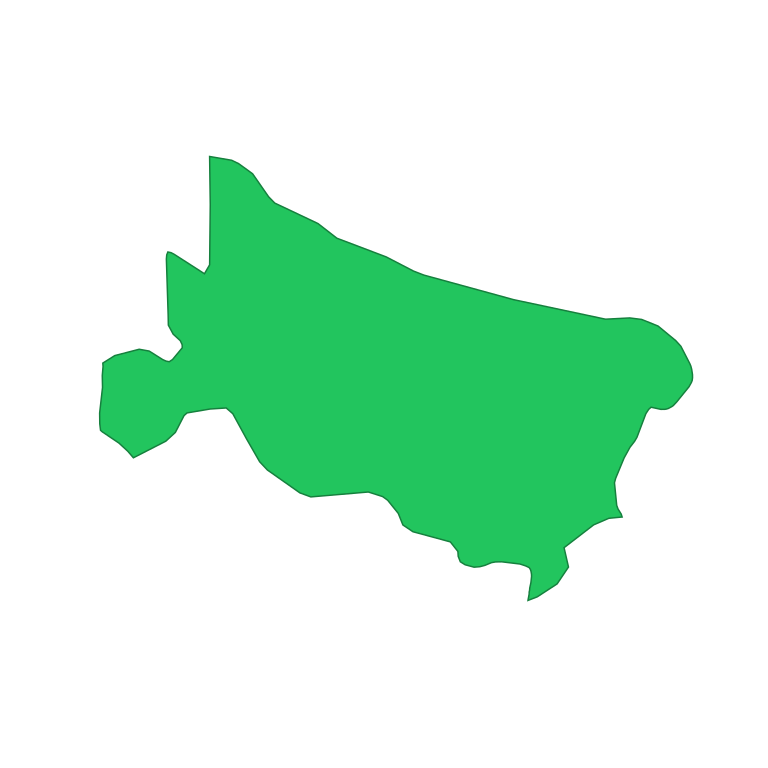 Zacapa, Mercator projection, rotated 34°
{"feature_id": "GTM-1963", "entity_name": "Zacapa", "entity_type": "Department", "adm_level": 1, "iso_a3": "GTM", "parent_name": "Guatemala", "parent_adm1": "", "projection": "mercator", "projection_center": [-89.448, 15.041], "detail": "fine", "context": "isolated", "style": "filled", "palette": "green", "viewbox_px": 768, "rotation_deg": 34, "n_neighbors": 0, "source": "natural_earth", "source_scale": "10m", "svg_char_len": 1730}
<svg xmlns="http://www.w3.org/2000/svg" viewBox="0 0 768 768"><g transform="rotate(34 384 384)"><path d="M655.8,361.1L645.5,369.6L636.6,383.5L624.8,419.0L639.3,432.6L639.3,452.9L630.1,474.7L624.4,482.9L624.1,482.3L621.8,477.0L620.7,475.3L620.0,473.5L619.0,471.8L616.8,466.4L614.0,461.1L612.8,459.4L611.6,458.1L610.3,456.8L608.9,455.8L607.0,455.0L603.1,455.6L597.4,457.2L581.0,465.6L576.0,469.1L573.0,472.0L569.1,477.9L565.7,481.8L561.1,485.5L552.3,488.5L546.7,488.7L541.9,485.4L538.9,481.5L527.3,477.8L490.6,490.3L478.5,490.3L468.2,483.3L452.0,478.3L445.8,478.1L431.4,482.3L386.5,518.5L375.2,521.3L335.4,520.5L324.4,518.0L300.6,506.3L275.3,493.2L266.6,492.1L253.8,502.0L236.9,518.1L235.9,522.0L238.1,540.8L235.1,553.4L217.5,585.3L209.1,583.0L197.2,581.2L177.3,581.2L174.9,580.9L170.6,575.9L164.5,567.1L152.6,544.3L145.7,534.5L141.3,526.6L139.2,523.9L144.9,511.0L161.6,492.1L170.9,488.0L186.9,487.5L190.5,486.9L193.5,485.6L195.0,482.0L196.5,466.8L194.7,464.3L190.9,462.0L181.4,460.6L172.3,455.8L166.4,447.4L133.7,402.1L131.7,398.5L131.0,395.4L134.0,394.2L137.5,393.8L173.5,393.0L172.8,382.7L139.7,332.5L112.2,292.9L132.6,283.7L140.4,282.6L157.5,283.2L183.6,293.3L192.3,295.1L239.6,287.9L263.4,289.5L314.8,277.4L345.2,273.9L356.2,271.4L444.3,241.6L531.4,206.4L550.8,191.8L561.5,186.4L578.8,182.7L601.6,184.9L609.0,186.7L626.3,196.2L628.4,197.6L630.8,199.7L634.5,203.7L636.3,206.3L637.5,208.7L638.0,210.9L638.4,215.8L636.7,235.1L635.9,240.1L635.2,241.9L633.4,245.3L632.1,246.9L630.8,248.1L627.7,250.2L618.4,253.9L617.6,257.1L617.7,262.2L623.5,286.7L623.8,291.5L623.3,298.9L624.4,311.0L628.8,332.7L630.3,337.0L644.8,354.5L648.0,356.8L653.4,359.2L655.4,360.8L655.8,361.1Z" fill="#22c55e" stroke="#15803d" stroke-width="1.5"/></g></svg>